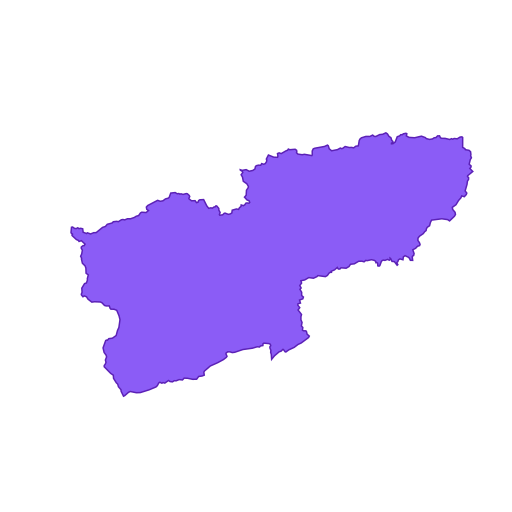 outline of Yauli, Junín, Peru, rotated 106°
{"feature_id": "86281439B56200314379174", "entity_name": "Yauli", "entity_type": "district", "adm_level": 2, "iso_a3": "PER", "parent_name": "Peru", "parent_adm1": "Junín", "projection": "mercator", "projection_center": [-76.155, -11.505], "detail": "fine", "context": "isolated", "style": "filled", "palette": "violet", "viewbox_px": 512, "rotation_deg": 106, "n_neighbors": 0, "source": "geoboundaries", "source_scale": "gbopen_adm2", "svg_char_len": 6089}
<svg xmlns="http://www.w3.org/2000/svg" viewBox="0 0 512 512"><g transform="rotate(106 256 256)"><path d="M144.3,254.4L145.7,254.8L146.5,256.0L150.6,260.0L150.5,262.2L151.6,263.6L153.9,262.5L155.2,262.5L156.1,266.1L155.5,271.9L160.0,272.8L160.6,272.1L162.7,271.9L164.8,272.7L165.7,274.0L165.6,276.0L167.5,276.5L168.0,278.7L169.1,280.6L170.2,281.2L172.6,281.0L174.6,282.6L176.4,285.9L175.7,289.3L177.5,292.9L177.4,294.9L177.8,294.7L178.4,292.5L179.4,291.7L182.0,292.7L183.8,290.8L187.7,288.8L189.1,284.7L191.2,282.5L192.3,282.3L195.4,283.3L200.3,282.2L202.6,283.3L204.6,280.1L204.8,277.9L206.2,276.8L207.2,277.3L207.5,279.4L208.1,280.4L209.7,280.8L211.1,282.0L211.0,284.3L212.6,284.1L214.1,285.2L216.0,285.6L216.2,287.8L218.5,291.5L221.3,291.1L222.7,292.4L223.6,294.1L223.3,297.5L223.7,298.3L225.6,299.4L226.8,302.0L226.3,302.6L224.0,302.5L222.2,304.3L220.5,304.9L218.7,307.6L218.9,308.4L220.1,308.9L220.4,309.8L222.1,311.2L222.1,312.6L223.2,314.6L221.4,317.1L216.2,321.9L217.5,325.6L218.5,326.4L220.3,326.6L221.1,327.9L219.6,329.8L220.7,333.2L219.6,336.0L219.1,336.4L217.1,336.1L216.2,336.9L215.1,339.1L215.2,340.2L216.9,343.1L216.9,345.2L217.5,346.3L217.2,347.4L217.9,348.9L217.3,351.2L219.0,355.3L223.5,355.6L224.5,356.2L226.1,358.8L228.6,360.7L229.8,363.1L229.6,365.9L237.3,374.0L239.2,374.9L241.2,373.9L241.9,371.9L244.5,373.6L245.4,377.9L246.4,378.9L249.5,380.0L250.8,382.1L252.5,383.6L254.8,386.9L255.6,389.8L257.5,392.2L257.6,394.0L258.3,395.4L260.9,397.7L261.1,399.5L262.4,402.6L264.0,403.5L266.5,407.7L269.1,408.9L270.8,411.4L277.6,416.1L278.3,418.4L280.4,421.1L280.2,424.5L281.1,425.1L280.8,428.7L277.6,430.1L277.7,432.2L278.5,433.7L278.0,435.1L279.2,436.4L279.5,437.9L278.7,440.3L279.2,441.3L284.4,440.3L284.9,440.0L285.6,438.4L286.6,438.7L287.2,438.1L289.7,433.2L290.0,431.0L290.8,430.1L289.4,428.1L291.7,423.6L293.4,424.0L293.7,425.1L295.5,426.4L296.6,426.2L298.3,424.5L302.2,424.1L304.6,424.5L306.2,423.0L306.9,423.0L310.8,420.9L312.6,417.6L314.5,416.2L319.4,414.6L320.4,412.0L324.3,411.9L325.6,411.4L328.7,411.6L329.8,413.2L334.9,414.6L338.8,413.2L340.9,413.4L341.6,413.0L342.9,411.1L341.7,410.1L341.9,407.7L343.8,405.6L345.6,401.1L344.5,398.7L343.1,392.9L343.4,391.2L345.3,388.0L345.3,386.2L344.4,383.3L346.4,381.9L347.1,380.9L346.3,377.7L346.6,374.9L351.2,371.2L354.7,369.2L362.5,368.1L365.8,368.6L371.0,368.5L374.6,371.4L376.0,374.7L377.9,375.6L378.1,376.7L378.8,377.2L386.5,377.7L390.6,375.4L392.7,372.7L394.2,371.8L397.5,372.1L399.5,370.9L401.7,371.1L403.0,371.7L404.3,371.4L408.9,363.3L409.9,360.3L412.9,359.2L416.4,355.3L417.3,353.6L419.6,352.2L421.7,349.0L423.3,348.3L427.3,344.7L426.4,343.7L422.2,341.0L420.9,339.5L420.4,333.3L419.2,329.6L414.2,322.0L409.4,316.0L407.8,315.1L404.9,314.5L403.9,313.7L404.2,311.4L403.3,310.5L403.3,308.6L399.8,305.8L400.4,304.0L400.0,301.6L398.4,300.2L398.0,298.4L396.0,295.8L395.4,292.5L393.2,291.4L392.4,288.1L392.0,282.9L390.8,279.1L387.6,277.9L386.2,274.7L384.8,272.9L382.1,274.1L380.7,273.8L374.3,269.6L369.1,263.4L364.5,258.7L361.6,256.6L360.4,256.2L358.4,257.9L357.6,258.0L355.9,256.8L355.3,254.5L355.4,252.2L354.4,249.9L349.5,242.8L345.6,234.0L342.9,229.8L342.5,227.5L341.3,227.0L340.2,224.7L338.5,225.1L337.6,224.4L336.6,219.3L336.9,217.9L338.2,217.1L339.4,217.6L340.5,217.3L342.6,215.7L344.7,215.3L346.3,214.2L351.0,212.5L346.8,210.7L341.8,207.4L340.4,205.5L338.4,204.5L338.3,204.0L340.1,201.5L340.0,200.8L337.2,198.6L333.3,194.1L329.4,191.2L327.2,188.6L319.9,183.0L318.3,182.7L317.0,185.4L314.8,186.6L314.2,187.4L314.8,189.8L314.5,190.9L311.8,191.3L310.7,193.1L307.2,193.4L305.0,195.2L301.9,196.1L299.7,196.1L296.3,200.7L293.6,199.7L291.7,202.3L290.4,202.5L289.0,200.3L286.3,202.0L284.3,199.2L282.4,199.1L281.4,201.2L278.3,202.1L275.9,204.6L274.3,203.8L272.3,205.8L269.5,204.7L267.4,206.0L265.6,202.6L262.2,199.3L261.5,194.6L259.1,191.8L257.8,191.1L256.7,183.6L255.0,182.0L252.4,181.1L251.3,180.2L250.9,179.0L250.0,179.5L247.7,176.7L244.6,174.7L245.6,173.7L245.8,172.8L245.3,171.7L243.9,171.0L242.9,166.0L240.5,163.7L237.9,162.9L236.4,159.3L232.8,155.9L231.8,152.8L231.8,150.5L229.9,149.2L229.9,148.0L227.7,143.9L227.6,141.0L228.2,139.4L229.4,138.9L229.1,137.8L229.4,137.1L231.9,136.2L231.8,134.9L231.1,134.3L226.7,134.0L225.5,133.4L224.8,132.3L224.7,130.9L223.0,128.6L223.3,126.7L222.3,126.0L221.1,126.5L221.3,125.9L223.7,123.8L223.3,121.4L226.0,117.8L225.2,117.3L223.7,118.9L222.3,118.1L220.4,118.0L219.1,116.8L219.1,113.7L216.2,114.1L214.6,112.8L215.2,109.2L215.8,108.0L217.6,106.4L217.0,104.2L213.7,105.6L213.0,105.5L212.1,104.6L210.1,104.7L206.8,107.0L204.6,104.7L202.1,103.4L200.9,101.6L199.6,101.5L198.0,102.7L196.4,104.7L194.1,105.2L191.9,104.3L188.4,101.4L186.0,100.5L184.7,99.5L182.9,99.7L181.2,99.3L179.1,97.5L175.6,97.6L173.1,97.1L169.0,87.6L168.2,81.8L168.9,79.6L163.1,76.2L161.1,75.7L159.1,76.7L157.0,79.8L155.1,80.7L151.6,77.9L146.8,76.6L143.7,75.1L141.5,74.8L141.6,72.1L139.0,70.8L137.4,70.7L135.8,72.9L129.0,72.9L125.8,73.4L123.8,72.8L122.1,73.2L121.3,74.6L120.5,74.7L115.0,70.9L112.9,74.6L111.5,73.9L110.2,74.0L109.0,76.4L104.3,76.6L102.2,76.0L100.5,77.3L99.2,77.4L96.6,78.5L95.7,80.4L96.1,84.1L95.2,84.8L94.6,87.3L85.1,90.0L84.7,90.9L85.4,92.6L87.9,94.9L88.4,97.9L89.5,99.1L89.3,100.4L90.6,101.9L90.8,106.6L91.7,110.0L91.5,111.3L89.9,112.7L90.5,114.6L92.5,115.6L93.3,117.4L94.8,118.6L96.1,121.3L96.2,124.6L95.5,125.9L95.2,130.0L98.6,136.1L99.8,141.6L99.1,144.6L96.9,144.7L96.7,145.7L97.9,148.0L99.1,148.9L99.5,150.3L101.0,151.1L102.4,153.1L108.0,153.6L110.3,155.3L110.8,156.7L110.2,156.9L109.1,155.9L108.1,156.0L107.5,157.3L105.0,159.0L104.4,161.1L102.4,163.3L101.8,165.1L104.1,167.8L105.2,170.6L108.1,173.8L108.4,175.3L107.6,177.2L109.7,179.5L110.8,183.4L113.3,187.2L114.7,188.2L116.5,188.6L121.9,188.0L123.0,190.4L125.1,191.9L125.3,194.3L126.0,196.1L126.2,200.5L128.7,202.4L129.2,203.4L129.0,204.7L131.3,207.0L134.0,212.3L132.8,215.1L130.1,216.9L129.7,217.9L131.8,220.3L136.2,229.2L137.2,230.5L139.6,230.9L143.2,229.8L144.1,230.0L144.9,237.5L145.9,239.5L146.5,243.8L145.6,245.5L144.5,245.5L143.2,246.1L142.6,247.8L144.5,252.8L144.3,254.4Z" fill="#8b5cf6" stroke="#5b21b6" stroke-width="1.5"/></g></svg>